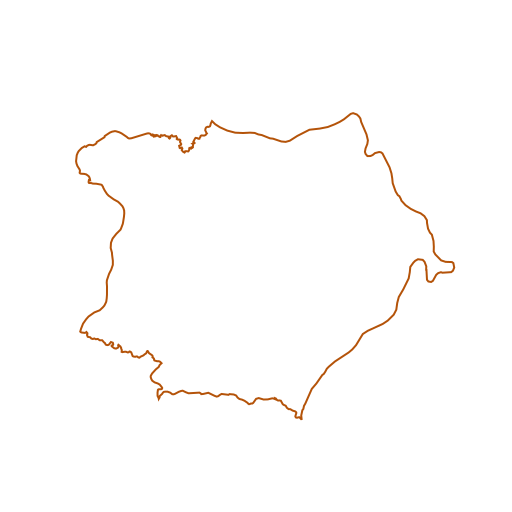 the district of Kossi, Kossi, Burkina Faso, rotated 102°
{"feature_id": "67063806B77397496256894", "entity_name": "Kossi", "entity_type": "district", "adm_level": 2, "iso_a3": "BFA", "parent_name": "Burkina Faso", "parent_adm1": "Kossi", "projection": "albers", "projection_center": [-3.794, 12.935], "detail": "fine", "context": "isolated", "style": "outline", "palette": "amber", "viewbox_px": 512, "rotation_deg": 102, "n_neighbors": 0, "source": "geoboundaries", "source_scale": "gbopen_adm2", "svg_char_len": 6129}
<svg xmlns="http://www.w3.org/2000/svg" viewBox="0 0 512 512"><g transform="rotate(102 256 256)"><path d="M415.9,321.4L414.4,320.9L413.7,321.2L413.1,321.1L410.3,319.1L409.1,318.7L408.1,318.0L407.5,316.4L407.1,314.4L407.5,311.5L408.6,309.2L408.4,307.8L407.7,306.6L404.9,303.3L403.6,301.2L403.0,299.7L403.9,296.1L404.3,293.4L401.4,282.9L402.0,281.3L402.5,280.8L401.9,278.9L399.7,274.2L401.4,267.4L401.7,265.2L400.9,263.7L399.6,262.7L398.1,261.0L397.5,254.0L396.6,253.2L396.1,249.0L396.6,246.4L398.3,244.6L399.3,242.5L399.4,239.8L400.0,237.1L401.4,233.7L401.9,233.2L402.4,232.0L402.1,231.3L401.3,230.2L401.1,229.0L400.3,228.2L395.7,226.2L394.4,223.8L394.8,218.7L393.8,214.6L392.1,211.1L391.7,209.8L392.2,206.8L391.2,207.4L391.3,206.9L392.4,205.7L392.8,204.3L392.4,203.2L392.4,201.6L395.3,199.1L395.8,198.2L396.3,195.8L398.0,194.3L399.0,192.3L398.7,190.6L399.6,188.0L399.8,185.6L400.0,185.0L400.5,184.2L401.1,183.9L404.6,184.2L405.6,183.5L405.7,182.3L404.7,180.3L404.7,180.0L406.2,177.9L406.0,177.5L402.6,178.6L397.2,178.6L395.8,177.9L392.6,177.9L390.2,177.1L374.4,173.8L368.1,170.4L358.6,166.4L357.3,165.2L354.8,164.2L351.6,163.3L349.2,161.8L342.7,156.8L331.1,145.3L327.4,142.4L322.4,139.6L310.1,135.3L305.9,131.1L296.0,117.8L291.8,113.7L284.8,109.1L279.4,107.6L272.5,108.1L266.4,107.8L258.0,105.0L246.2,102.0L239.9,102.2L234.6,102.8L229.8,100.7L227.6,99.3L225.5,96.9L225.1,92.1L226.7,89.9L230.7,87.3L234.1,86.7L234.1,86.4L243.7,83.8L245.1,82.1L245.0,79.3L243.5,77.8L236.9,75.8L234.8,74.2L233.4,71.7L233.6,70.2L231.2,61.7L229.4,60.3L226.1,59.7L221.9,61.5L221.2,63.1L222.3,69.3L221.8,74.0L217.2,80.9L214.7,83.1L209.9,84.0L204.4,85.5L198.6,88.4L197.0,90.7L193.5,93.4L188.1,95.6L185.4,96.3L182.0,99.6L180.0,103.9L179.2,108.8L177.7,114.5L175.2,120.3L171.6,125.3L170.2,126.1L167.7,128.2L167.0,129.9L163.9,132.8L156.4,137.4L151.7,138.9L147.0,140.7L141.5,143.8L129.4,153.6L128.6,155.3L128.7,157.2L130.6,161.0L133.0,162.9L134.4,164.8L135.1,167.8L133.4,170.0L131.5,171.1L128.0,171.2L123.3,170.4L119.6,170.6L114.1,173.2L103.0,181.0L99.8,182.5L98.1,184.3L96.6,186.8L96.1,190.7L97.3,192.9L104.0,198.4L107.4,202.0L110.8,206.4L114.9,212.6L118.1,220.1L121.4,230.0L130.0,240.6L136.2,246.9L138.2,250.7L138.7,255.0L137.7,263.8L138.0,266.8L136.5,275.5L136.6,279.0L135.9,282.8L136.6,287.5L138.4,294.3L139.7,302.0L139.3,310.2L137.6,318.0L135.6,323.3L133.2,327.1L135.8,327.8L137.5,327.8L138.7,328.0L139.6,329.2L139.7,330.4L140.6,331.5L141.1,331.7L142.2,331.9L143.6,331.8L145.8,330.1L146.4,329.5L147.0,330.0L148.1,330.4L149.0,331.7L149.4,334.4L150.0,335.1L151.2,335.2L152.1,335.7L153.0,335.7L153.2,336.0L153.3,336.9L152.9,338.1L153.0,339.6L153.6,340.0L157.5,341.1L157.9,340.9L157.9,339.9L158.2,339.6L158.6,340.0L159.0,340.9L159.4,341.5L159.8,340.6L161.6,340.6L162.8,340.3L163.4,340.7L163.1,341.9L163.4,342.1L164.2,341.8L164.5,341.9L164.2,343.6L164.5,343.7L166.1,343.4L167.5,343.8L167.8,344.0L168.0,346.3L168.4,347.2L168.7,347.4L169.4,347.2L169.7,347.4L169.1,349.2L167.8,350.7L166.8,350.4L166.1,350.4L165.3,351.2L166.3,352.8L166.2,353.1L164.2,354.1L162.8,352.5L162.1,352.4L160.2,354.1L158.7,353.9L158.1,354.5L158.0,355.6L158.4,356.2L158.2,357.6L158.0,357.9L157.0,357.7L155.3,359.1L156.2,361.2L156.3,362.2L155.4,363.4L156.9,364.9L157.8,364.4L158.7,364.7L159.1,365.0L158.8,365.7L157.4,366.7L157.5,368.8L156.7,370.4L157.2,371.2L157.3,372.1L157.8,372.4L157.8,373.5L157.5,374.0L158.9,374.8L159.2,374.3L159.5,374.3L159.6,374.6L159.0,376.7L158.4,377.2L158.3,378.4L158.5,378.6L159.1,378.4L159.8,379.1L159.8,379.6L159.4,379.9L158.8,380.0L158.9,380.4L160.0,380.4L160.5,380.7L160.3,381.1L159.6,381.2L158.7,381.9L158.6,382.4L158.9,382.7L159.3,382.5L159.7,382.7L159.7,383.3L159.3,384.0L158.5,384.6L158.3,385.8L158.4,387.0L159.0,388.4L166.7,402.3L167.3,404.0L167.4,404.9L167.1,406.0L166.4,407.1L164.0,413.0L163.4,415.4L163.1,418.9L163.2,420.0L164.3,422.6L165.6,424.5L170.1,428.9L171.3,428.9L177.7,435.5L178.9,435.6L180.0,436.4L181.6,438.4L181.8,441.7L182.2,442.7L183.3,444.1L184.6,444.9L184.3,446.4L186.6,448.9L190.2,451.2L191.9,451.8L194.7,452.3L200.7,451.7L202.9,450.8L205.1,449.4L208.1,446.5L209.2,445.9L211.3,445.8L211.5,445.6L211.8,445.1L211.9,444.4L211.4,441.1L211.5,438.9L212.7,436.3L213.5,435.5L214.9,434.6L216.4,434.0L216.4,435.2L217.9,435.2L218.8,435.0L219.2,434.7L219.2,433.6L218.9,432.6L219.1,430.6L218.5,427.2L218.4,422.4L218.6,421.6L220.1,420.1L221.1,419.5L223.5,417.5L226.2,414.8L227.6,412.8L230.2,406.9L231.6,402.3L232.9,400.1L235.1,397.0L236.8,395.6L239.0,394.4L241.8,393.7L245.2,393.3L251.0,393.0L252.4,393.0L257.0,393.7L258.4,394.0L263.3,397.2L268.3,399.7L269.3,400.0L273.2,400.6L278.4,399.8L282.7,397.6L284.8,397.0L290.5,395.0L294.5,394.2L299.5,394.8L304.0,396.0L310.7,396.8L313.0,396.5L316.8,395.4L325.0,393.7L328.6,393.2L331.5,393.0L332.5,393.1L336.0,394.0L338.0,395.1L341.6,397.6L344.8,402.4L350.0,407.2L353.2,409.0L358.1,411.1L363.5,412.0L366.5,412.2L366.9,411.6L367.1,410.7L366.8,407.5L366.4,406.7L365.6,406.1L366.5,404.9L367.3,404.7L367.5,404.9L368.4,404.9L370.0,403.8L370.0,401.2L371.0,399.9L371.1,398.3L370.3,397.1L370.7,395.4L370.0,393.5L370.9,391.4L370.4,388.9L372.1,386.7L372.6,385.6L373.8,384.7L374.0,384.3L374.1,383.0L373.6,381.8L373.0,381.3L370.3,380.0L370.6,378.0L372.0,377.3L372.6,377.3L373.6,378.6L374.3,378.4L375.7,375.5L375.7,373.7L374.5,372.1L374.0,371.8L373.1,371.7L372.0,372.3L371.4,372.1L371.5,371.8L372.3,371.2L372.5,370.0L373.9,368.8L374.5,368.7L375.9,367.7L377.7,367.5L377.8,366.7L376.9,364.4L376.7,363.3L377.0,361.3L376.6,360.5L375.7,359.9L375.7,359.1L376.2,358.0L379.6,355.8L379.8,354.8L379.7,353.2L379.1,352.1L379.0,351.4L379.7,349.9L379.7,348.9L378.5,348.0L376.6,345.4L375.3,344.5L374.5,343.6L374.0,343.2L371.9,342.8L371.5,342.4L371.5,342.1L373.3,340.4L374.6,337.2L375.0,336.6L375.6,336.2L376.7,336.2L377.2,335.0L377.6,334.5L378.9,334.0L379.3,333.6L379.5,330.8L379.2,329.7L379.2,328.6L379.4,327.8L380.5,326.1L382.7,327.6L384.8,328.1L387.7,330.4L392.5,333.2L395.0,334.0L396.2,333.9L398.0,332.9L399.5,331.6L400.7,328.9L401.1,325.6L401.8,323.4L403.7,321.1L404.6,320.3L405.5,320.4L406.0,321.0L406.7,323.7L407.3,324.1L410.1,323.9L413.3,323.2L415.4,321.6L415.9,321.4Z" fill="none" stroke="#b45309" stroke-width="2"/></g></svg>